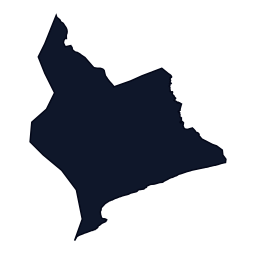 Gomoa Central, Central, Ghana (Mercator projection)
{"feature_id": "2480657B15531990631346", "entity_name": "Gomoa Central", "entity_type": "district", "adm_level": 2, "iso_a3": "GHA", "parent_name": "Ghana", "parent_adm1": "Central", "projection": "mercator", "projection_center": [-0.697, 5.353], "detail": "fine", "context": "isolated", "style": "filled", "palette": "ink", "viewbox_px": 256, "rotation_deg": 0, "n_neighbors": 0, "source": "geoboundaries", "source_scale": "gbopen_adm2", "svg_char_len": 5516}
<svg xmlns="http://www.w3.org/2000/svg" viewBox="0 0 256 256"><path d="M74.6,240.6L74.9,240.0L75.3,239.5L75.4,239.0L75.6,238.7L75.9,238.4L76.1,237.9L76.4,237.4L76.6,236.9L77.2,236.4L78.0,235.9L78.9,235.3L79.9,234.9L81.8,234.2L83.1,233.7L84.5,233.0L85.7,232.7L87.1,232.2L88.1,231.8L89.2,231.4L90.0,231.1L91.5,230.5L92.1,230.4L92.8,230.4L93.3,229.9L93.7,229.7L94.6,229.6L94.9,229.6L95.3,229.1L95.8,228.9L96.3,228.5L97.0,227.8L97.3,227.8L97.4,227.4L97.8,227.2L98.0,226.3L98.3,225.9L99.0,225.4L99.6,225.1L100.4,224.5L101.4,223.6L102.2,223.1L103.3,222.6L105.1,221.8L105.4,221.6L105.7,221.5L105.9,221.2L105.7,220.9L105.8,220.7L106.1,220.4L106.6,220.1L106.7,219.7L106.3,219.5L106.1,219.8L106.0,220.0L105.8,220.0L105.4,219.8L105.3,219.4L105.3,219.1L105.1,218.9L104.6,218.8L103.5,218.8L102.7,218.6L102.3,218.5L101.9,218.2L101.4,217.5L101.2,216.9L101.0,216.0L100.8,215.4L100.5,214.3L100.4,212.9L100.2,212.1L100.3,211.6L100.5,211.1L100.8,210.4L101.0,210.1L101.2,207.8L105.1,203.6L105.9,203.0L106.6,202.7L107.3,202.1L108.2,201.6L108.8,201.2L109.2,200.8L109.6,200.8L110.3,200.6L111.0,200.2L111.6,200.0L112.3,199.9L113.1,199.4L115.1,198.4L116.8,197.9L119.3,196.8L120.4,196.6L122.1,195.9L123.5,195.5L124.9,195.1L126.3,194.8L127.8,194.4L128.7,194.1L129.6,193.6L130.5,193.1L132.2,192.7L132.8,192.5L135.8,191.8L136.4,191.6L137.1,191.2L138.3,189.9L138.6,189.7L139.3,189.6L140.8,189.5L141.6,189.3L142.3,189.2L143.2,189.1L143.7,189.0L144.1,188.8L144.5,188.3L144.9,187.9L145.4,187.7L146.0,187.5L146.4,187.2L146.6,186.9L146.7,186.3L147.0,185.9L147.7,185.6L148.4,185.4L149.3,184.9L150.3,184.5L151.4,184.3L154.0,184.1L155.3,183.8L159.4,182.6L160.8,182.4L162.1,182.3L162.6,182.2L163.0,182.0L163.4,181.6L163.8,181.2L164.0,181.2L164.3,181.0L166.5,179.9L167.7,179.3L169.2,178.4L170.6,177.8L171.3,177.5L172.1,177.4L172.9,177.1L173.6,176.8L174.3,176.4L175.2,176.0L175.9,175.9L176.9,175.4L177.6,175.0L177.8,174.8L178.2,174.5L179.1,174.1L180.1,173.9L180.8,173.7L184.3,172.5L186.9,171.6L188.4,171.2L190.4,170.7L191.7,170.2L205.4,167.3L205.7,167.2L206.6,167.2L208.6,166.7L209.0,166.6L209.7,166.2L210.6,166.2L211.7,165.9L212.9,165.6L214.2,165.3L216.0,165.1L216.5,164.7L217.7,164.6L218.5,164.3L221.3,163.4L224.3,162.7L225.5,162.5L225.9,159.2L222.8,155.0L222.3,150.1L216.6,145.9L212.5,144.5L201.8,139.0L200.1,136.9L199.0,135.6L198.8,135.4L198.7,135.1L199.1,134.5L198.9,134.0L198.8,133.8L198.2,133.2L197.9,132.9L197.6,132.7L197.3,132.6L196.7,132.5L196.0,132.4L195.7,131.9L195.2,131.0L194.8,130.5L194.2,129.8L193.6,129.2L193.2,128.8L193.1,128.6L192.7,128.4L192.5,128.2L192.4,128.0L188.8,129.0L188.5,129.2L188.4,129.3L188.0,129.3L187.7,129.4L186.9,129.3L186.7,129.4L186.3,129.3L185.5,129.1L185.3,129.1L184.9,128.9L184.7,128.8L184.0,128.2L183.0,125.8L183.5,122.8L182.9,122.1L182.6,121.9L182.4,121.5L182.1,121.5L181.8,121.6L181.7,121.7L181.6,122.0L181.4,122.5L181.2,122.9L180.8,122.9L180.6,122.8L180.2,122.6L180.1,122.2L180.2,121.7L180.5,121.3L180.7,121.0L181.1,120.6L181.4,120.0L181.4,119.7L181.3,119.0L181.2,118.7L181.4,118.3L181.4,118.0L181.4,117.9L181.1,117.7L180.8,117.4L180.1,117.0L180.0,116.9L179.8,116.5L179.8,116.3L180.0,114.7L179.9,114.5L179.8,114.2L179.6,114.0L179.5,113.9L179.4,113.7L179.6,113.2L179.7,112.9L179.7,112.7L179.3,112.3L178.9,112.3L178.7,112.2L178.5,111.9L178.4,111.7L178.3,111.4L178.4,111.2L178.8,110.9L179.2,110.8L179.4,110.7L180.0,110.3L180.1,110.2L180.1,109.9L179.9,109.7L180.9,105.9L181.5,104.0L180.0,103.2L179.8,102.9L179.7,102.8L179.0,103.0L178.6,102.8L178.6,102.7L178.5,102.4L178.4,102.3L178.1,102.3L177.9,102.6L177.7,102.9L177.4,103.0L177.2,102.9L177.1,102.4L176.8,101.8L176.6,101.7L176.4,101.5L176.1,101.4L175.6,101.1L175.3,101.0L174.6,100.8L174.5,100.7L174.1,100.3L174.7,99.9L175.0,98.7L175.4,98.7L175.5,98.6L175.6,98.2L175.2,97.8L175.0,98.1L174.7,98.1L174.5,97.8L174.4,97.3L174.3,96.7L173.9,96.1L173.9,95.8L173.7,95.6L173.4,95.4L173.1,95.1L172.9,95.1L172.6,94.9L172.3,94.2L172.3,93.3L172.5,92.6L172.5,92.0L172.5,91.9L172.4,91.8L172.2,91.7L170.7,92.0L170.6,91.9L170.2,91.4L170.1,90.1L169.9,89.5L169.8,89.2L169.9,87.1L169.4,86.7L169.3,86.2L169.3,85.8L169.9,85.3L169.9,84.8L169.8,84.6L169.5,83.9L170.1,83.5L170.5,83.7L170.9,83.7L171.0,83.6L171.2,83.4L170.9,83.0L170.7,83.0L170.4,82.8L170.1,82.4L169.9,82.1L169.8,81.8L169.9,81.6L170.2,81.4L170.3,81.3L170.5,80.6L170.5,80.2L170.3,79.9L170.0,79.6L169.8,79.5L169.7,79.3L169.9,79.1L170.2,78.8L170.2,78.7L170.3,78.1L170.2,77.8L170.5,77.7L171.0,77.6L171.4,77.3L171.5,77.2L171.6,76.9L171.5,76.6L171.2,76.2L171.0,75.6L169.5,74.3L168.9,74.1L161.8,68.3L142.1,75.8L130.5,81.0L113.8,86.9L113.5,86.1L111.8,84.0L110.8,82.9L109.6,81.6L107.7,79.2L106.9,77.9L106.2,76.9L105.4,75.8L104.8,73.5L104.1,70.4L102.9,69.2L101.7,68.7L100.3,68.3L97.5,68.3L96.8,68.2L95.0,67.9L94.4,67.8L93.8,67.6L92.7,66.5L84.9,57.5L81.1,55.0L80.5,54.4L78.4,53.1L77.1,52.4L76.9,52.4L75.8,52.2L75.2,52.0L74.6,51.6L73.1,50.4L72.8,50.1L72.6,49.8L72.4,49.3L72.3,49.0L72.1,47.8L72.0,47.4L71.7,47.0L71.5,46.7L71.0,46.1L70.8,45.6L65.3,46.8L63.4,42.9L63.6,41.6L63.8,40.4L64.0,40.1L64.1,39.8L65.2,38.4L66.4,38.5L66.4,38.1L66.3,37.1L66.3,35.9L66.3,35.4L66.4,34.8L66.6,33.9L66.8,33.6L67.0,32.9L67.1,31.2L66.9,30.1L66.8,29.5L66.4,28.5L65.9,27.4L65.6,27.0L65.2,26.5L64.9,26.0L64.6,25.6L64.3,25.1L63.4,23.7L63.0,23.2L61.2,22.1L60.8,21.7L60.5,21.4L60.4,21.0L60.0,20.0L59.9,19.9L58.1,18.3L57.6,18.0L57.2,17.7L56.9,17.3L56.6,16.9L56.4,16.0L56.2,15.4L44.8,43.8L38.3,56.9L44.8,73.2L54.6,92.8L46.5,109.2L31.8,122.2L30.1,141.8L43.2,154.9L61.7,170.3L76.4,189.9L82.3,219.1L74.6,240.6Z" fill="#0f172a" stroke="#020617" stroke-width="1.5"/></svg>